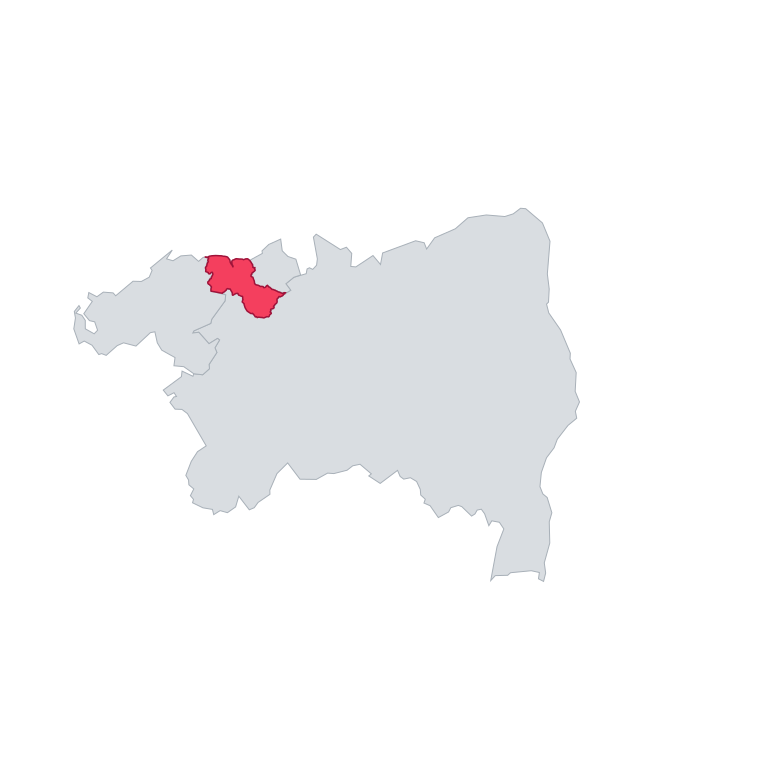 Guyana highlighted among its neighbors, rotated 322°
{"feature_id": "GUY", "entity_name": "Guyana", "entity_type": "country or territory", "adm_level": 0, "iso_a3": "GUY", "parent_name": "South America", "parent_adm1": "", "projection": "orthographic", "projection_center": [-58.817, 4.875], "detail": "fine", "context": "with_neighbors", "style": "filled", "palette": "rose", "viewbox_px": 768, "rotation_deg": 322, "n_neighbors": 3, "source": "natural_earth", "source_scale": "50m", "svg_char_len": 6909}
<svg xmlns="http://www.w3.org/2000/svg" viewBox="0 0 768 768"><g transform="rotate(322 384 384)"><path d="M388.2,637.8L385.8,632.6L390.4,628.2L385.1,621.8L367.5,610.6L363.7,610.9L353.7,603.5L347.1,604.6L373.0,581.7L389.2,572.0L389.8,564.0L384.7,558.2L379.4,560.2L383.4,548.2L383.6,542.6L379.8,540.7L375.7,542.4L371.7,542.0L369.8,528.5L367.8,525.4L360.5,522.6L356.1,524.6L344.6,522.7L345.4,508.3L342.2,502.4L345.6,500.2L344.6,494.1L347.7,489.4L349.7,480.9L347.1,474.1L341.0,471.1L339.8,466.8L341.5,460.4L319.8,460.0L315.4,447.1L318.7,447.0L315.7,432.5L309.0,429.2L301.8,429.2L289.3,423.7L284.7,419.5L271.9,417.5L259.2,407.3L259.5,386.9L244.5,388.7L228.7,397.3L226.2,400.7L211.9,399.8L205.6,401.6L200.4,400.2L200.5,383.0L191.4,389.5L181.4,389.0L176.9,382.9L169.4,382.1L171.6,377.2L165.1,370.1L160.0,359.7L162.9,357.6L162.7,352.8L169.5,349.6L168.2,343.3L170.9,339.3L171.6,334.0L184.5,326.3L195.4,322.5L205.8,323.3L210.9,286.3L209.1,279.6L203.9,275.2L204.0,266.7L210.5,264.9L212.8,266.1L213.2,261.6L206.4,260.3L206.3,252.9L228.9,253.5L232.8,249.5L238.2,260.3L240.4,258.8L246.8,265.1L255.9,264.5L258.2,260.9L271.7,256.3L273.1,251.4L281.5,248.1L280.9,245.6L270.9,244.5L269.9,229.2L264.7,226.1L266.9,225.1L284.8,229.6L288.2,226.9L309.8,220.7L314.1,216.3L312.5,212.9L318.6,212.4L321.3,215.2L319.8,220.3L323.8,222.1L326.5,227.6L323.3,231.7L321.4,241.7L325.2,253.1L332.5,258.7L338.2,259.2L339.5,256.9L348.6,254.4L352.4,251.2L368.2,252.7L368.4,244.6L378.7,244.4L390.6,249.2L394.2,246.0L396.8,246.5L398.4,249.8L404.0,248.9L408.5,244.4L418.8,224.8L422.8,224.2L432.4,251.2L438.6,253.1L439.0,261.2L430.2,270.9L433.9,274.4L454.4,276.0L454.8,287.7L463.6,279.9L497.1,290.6L502.6,297.4L500.7,303.9L513.9,300.0L535.8,305.6L552.5,304.7L568.7,313.8L582.3,326.4L590.6,329.5L599.8,329.6L603.6,333.1L608.0,354.6L602.7,373.7L580.5,397.8L572.7,410.8L564.0,420.8L561.3,421.1L557.6,429.4L556.4,450.2L549.8,474.4L546.0,478.8L542.5,493.3L530.1,507.5L527.0,518.5L518.0,523.3L514.8,529.6L503.5,529.9L486.6,534.2L478.7,539.0L466.6,542.2L453.5,550.6L443.7,560.9L441.5,568.4L442.7,573.9L437.0,588.8L429.4,594.3L416.7,611.4L400.2,623.6L395.0,632.5L388.2,637.8Z" fill="#d9dde1" stroke="#a8b0b8" stroke-width="1"/><path d="M304.6,204.0L314.1,216.3L309.8,220.7L288.2,226.9L284.8,229.6L266.9,225.1L264.7,226.1L269.9,229.2L270.9,244.5L280.9,245.6L281.5,248.1L273.1,251.4L271.7,256.3L258.2,260.9L255.9,264.5L246.8,265.1L240.4,258.8L236.9,247.1L229.7,240.3L235.6,234.5L229.7,220.5L230.7,212.0L235.6,201.8L231.5,199.7L211.9,201.4L204.1,191.2L197.4,189.5L182.7,190.4L180.2,186.2L177.4,185.2L177.8,173.7L174.2,165.6L168.4,164.7L173.5,149.6L181.5,142.0L184.6,136.2L191.9,134.4L191.5,137.2L184.8,138.4L188.2,143.8L187.8,149.9L182.6,156.6L186.5,166.0L191.4,165.3L194.3,156.9L190.9,152.7L190.7,143.8L205.0,139.3L203.6,133.8L207.7,130.2L211.5,138.5L219.4,138.8L226.6,145.4L226.9,149.3L249.5,148.5L255.9,153.8L264.7,155.3L271.2,151.7L271.4,148.8L299.6,148.1L289.7,151.5L293.6,157.0L302.8,158.0L311.6,163.8L313.4,173.2L319.5,172.9L324.0,175.7L314.8,182.6L313.7,186.9L317.7,191.3L307.6,195.3L307.8,200.8L304.6,204.0Z" fill="#d9dde1" stroke="#a8b0b8" stroke-width="1"/><path d="M385.4,246.8L378.7,244.4L368.4,244.6L368.2,252.7L361.8,251.8L354.6,241.6L353.0,234.9L349.3,234.9L344.1,226.4L345.6,217.5L352.7,214.4L354.5,203.9L368.6,206.2L369.8,204.0L379.2,203.1L391.8,206.2L385.8,216.4L386.8,224.4L391.4,231.4L385.4,246.8Z" fill="#d9dde1" stroke="#a8b0b8" stroke-width="1"/><path d="M312.4,212.9L309.9,210.1L307.5,207.3L305.0,204.6L304.9,204.2L305.9,202.9L306.8,202.0L307.6,201.5L307.9,201.0L307.7,199.0L307.7,198.3L307.3,197.5L307.1,196.6L307.4,195.9L307.8,195.3L308.2,195.1L309.4,195.0L310.2,194.9L310.5,194.6L310.9,194.3L311.6,194.2L312.8,194.5L313.3,194.0L314.3,193.4L316.5,192.4L317.0,191.7L317.4,190.7L317.4,190.2L317.1,190.0L316.6,189.8L315.7,189.8L315.1,190.1L314.4,189.9L313.8,189.3L313.7,188.7L314.1,188.0L313.9,187.5L312.8,185.9L312.8,185.5L313.6,184.7L314.1,184.1L314.7,182.7L315.2,182.2L316.7,182.0L317.1,181.7L317.9,181.0L319.1,180.1L320.8,179.4L321.3,178.1L321.6,177.8L323.0,177.1L323.2,176.7L323.2,176.4L321.0,173.6L321.4,173.8L323.1,175.6L324.0,176.0L324.2,175.6L325.1,175.8L327.3,177.0L330.5,179.2L335.0,183.1L336.3,184.7L337.2,185.4L338.6,187.1L338.9,188.0L338.9,191.3L337.7,193.6L337.4,195.4L337.4,197.6L336.7,199.0L337.6,198.2L337.9,196.2L338.7,194.9L339.7,193.5L341.0,193.2L342.5,193.8L343.7,193.9L344.7,194.3L347.0,196.5L349.1,198.2L349.9,199.6L352.2,200.3L353.6,201.4L354.0,202.4L354.3,204.9L353.9,208.7L354.0,208.9L353.4,209.6L353.3,210.1L352.9,210.9L352.5,211.4L353.0,212.4L353.5,212.5L353.9,212.8L353.8,213.0L353.6,213.2L353.1,213.5L352.7,214.1L352.7,214.7L352.4,215.1L351.5,215.3L349.6,215.3L348.7,215.3L348.0,215.4L347.5,215.9L346.9,216.2L346.4,216.2L346.0,216.7L345.5,217.4L345.7,217.9L346.1,218.6L346.4,219.2L346.0,220.3L345.7,221.1L345.5,221.8L345.2,223.0L344.4,224.3L343.9,225.1L343.9,225.9L344.2,227.1L345.7,228.8L346.1,229.6L346.5,230.9L347.9,231.9L348.7,232.8L348.6,233.9L348.7,234.2L349.3,234.5L349.9,234.7L350.6,234.7L351.2,234.6L351.3,234.4L352.8,234.4L352.9,234.7L353.0,236.3L353.1,236.9L353.4,237.2L353.6,237.6L353.6,237.9L353.7,238.8L353.9,239.3L353.9,240.2L354.0,240.6L354.4,240.8L354.9,241.5L355.1,241.6L355.2,241.8L355.6,242.8L355.9,243.1L356.0,243.1L356.1,243.4L356.4,244.3L356.6,244.6L357.0,245.2L357.2,246.0L357.7,246.8L358.2,247.3L358.5,247.9L359.2,249.2L359.8,250.2L360.7,250.4L361.5,250.5L362.0,250.9L362.4,251.3L361.9,251.4L361.5,251.7L360.9,251.5L360.0,251.6L359.1,251.9L358.3,252.0L356.7,251.6L356.2,251.5L355.9,251.4L355.3,250.5L355.0,250.4L354.1,250.8L353.1,251.1L352.6,251.0L352.0,251.3L351.5,251.7L350.5,253.3L349.9,253.8L349.4,254.1L348.2,254.1L347.0,254.2L346.1,254.5L345.2,254.7L344.8,254.8L344.7,255.6L344.5,256.0L344.2,256.3L343.5,256.3L342.9,256.3L342.6,255.9L341.9,255.8L341.3,255.6L340.9,255.4L340.6,255.5L340.3,255.8L340.1,256.2L339.9,256.7L339.0,256.9L338.6,257.2L338.9,258.3L338.8,258.7L338.6,259.0L337.5,259.1L336.5,259.1L336.0,259.5L335.3,259.9L334.9,260.0L334.4,260.0L333.8,259.5L333.2,258.8L331.6,258.4L330.1,258.0L329.1,256.9L328.9,256.4L328.4,256.2L327.2,255.0L326.5,254.2L325.8,253.9L325.0,253.6L325.0,253.0L325.0,252.5L324.6,252.3L324.1,252.1L323.9,251.8L324.0,251.1L324.1,249.2L323.9,247.4L322.8,246.8L322.4,246.4L321.5,243.7L321.1,242.5L321.1,241.6L321.4,239.0L321.7,237.8L322.6,235.5L323.1,234.8L323.1,234.2L323.0,233.4L322.8,232.0L324.2,231.0L324.9,230.6L325.0,230.0L325.7,229.2L326.1,228.5L326.4,227.9L326.3,227.6L325.9,227.4L325.5,226.8L324.7,225.2L324.4,224.9L324.2,224.4L324.3,223.7L324.6,222.9L324.6,222.6L324.1,222.2L323.1,221.5L322.2,221.4L321.5,221.2L320.6,221.2L319.8,221.1L319.4,220.8L319.4,220.4L319.6,220.1L320.3,219.2L320.7,218.4L320.8,217.5L320.9,216.4L321.1,215.4L321.2,214.3L320.2,213.6L319.9,213.0L319.4,212.5L319.0,212.5L318.3,212.3L317.2,213.0L316.3,212.8L315.7,213.1L314.4,213.0L313.5,212.7L312.4,212.9Z" fill="#f43f5e" stroke="#9f1239" stroke-width="1.5"/></g></svg>